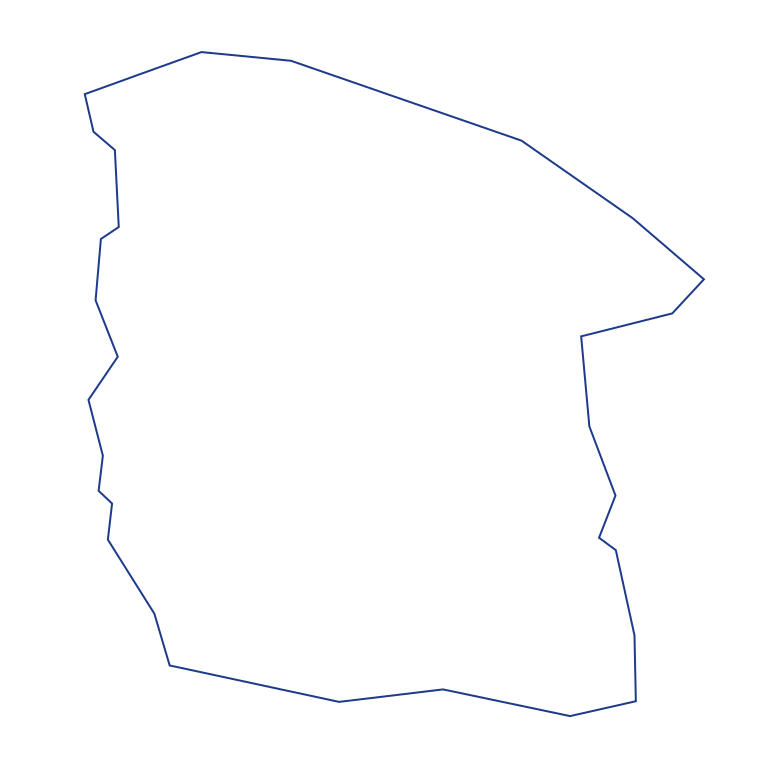 the district of Alexander, North Carolina, United States of America, rotated 273°
{"feature_id": "52423323B44414006635896", "entity_name": "Alexander", "entity_type": "district", "adm_level": 2, "iso_a3": "USA", "parent_name": "United States of America", "parent_adm1": "North Carolina", "projection": "mercator", "projection_center": [-81.171, 35.911], "detail": "fine", "context": "isolated", "style": "outline", "palette": "blue", "viewbox_px": 768, "rotation_deg": 273, "n_neighbors": 0, "source": "geoboundaries", "source_scale": "gbopen_adm2", "svg_char_len": 552}
<svg xmlns="http://www.w3.org/2000/svg" viewBox="0 0 768 768"><g transform="rotate(273 384 384)"><path d="M505.3,698.0L562.5,623.8L634.2,508.6L701.9,274.2L705.9,184.3L687.6,140.7L680.5,123.8L657.8,70.0L620.7,80.7L603.5,103.0L526.9,110.9L514.0,93.7L452.5,91.6L397.3,116.7L352.7,89.7L297.7,107.0L262.4,104.6L250.4,118.7L214.1,116.4L142.6,166.7L91.7,184.7L64.2,355.7L82.1,458.9L62.1,587.1L80.4,652.1L146.1,647.3L230.2,624.2L241.7,606.8L284.7,621.0L352.4,591.3L441.9,578.4L469.6,668.2L505.3,698.0Z" fill="none" stroke="#1e3a8a" stroke-width="2"/></g></svg>